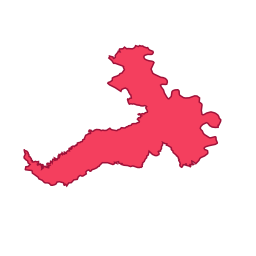 outline of Telle, Quthing, Lesotho, rotated 112°
{"feature_id": "5366337B55047013089331", "entity_name": "Telle", "entity_type": "district", "adm_level": 2, "iso_a3": "LSO", "parent_name": "Lesotho", "parent_adm1": "Quthing", "projection": "equal_earth", "projection_center": [28.078, -30.25], "detail": "fine", "context": "isolated", "style": "filled", "palette": "rose", "viewbox_px": 256, "rotation_deg": 112, "n_neighbors": 0, "source": "geoboundaries", "source_scale": "gbopen_adm2", "svg_char_len": 5904}
<svg xmlns="http://www.w3.org/2000/svg" viewBox="0 0 256 256"><g transform="rotate(112 128 128)"><path d="M186.7,216.4L189.8,214.3L190.1,213.3L193.5,213.6L194.7,213.1L195.8,210.6L196.1,208.7L197.8,207.5L198.5,205.1L201.0,206.1L202.2,208.2L204.9,207.7L205.1,207.4L203.5,201.4L203.9,200.7L205.6,199.8L207.3,192.8L208.5,191.6L208.6,187.9L209.8,185.3L209.9,184.3L209.0,182.0L208.8,180.3L209.9,178.0L209.4,176.6L208.0,174.7L206.6,173.7L204.8,173.6L203.5,171.6L203.0,167.6L203.3,166.8L204.2,166.5L204.9,165.8L204.8,165.3L203.7,165.2L203.5,164.7L204.7,163.1L201.2,162.4L199.9,160.1L196.4,158.8L194.6,155.8L191.8,155.8L190.1,154.8L189.8,154.2L189.9,152.9L189.5,151.9L186.2,149.5L184.5,150.6L182.8,150.0L181.6,148.6L182.3,147.0L181.9,146.3L180.1,145.7L178.7,144.0L176.6,142.0L174.8,141.2L174.3,140.4L173.2,140.3L169.8,138.8L167.8,133.9L167.5,128.3L166.4,127.3L165.8,127.4L165.4,126.9L165.0,127.3L165.0,125.1L164.2,126.1L162.8,124.2L164.0,123.4L163.7,121.2L163.2,120.3L163.6,119.7L164.2,120.1L164.0,117.7L162.9,114.1L162.8,111.2L161.3,109.3L161.0,104.3L160.4,102.6L159.7,101.8L159.6,101.1L158.3,100.4L156.7,101.2L156.0,100.9L155.0,101.4L152.9,100.4L150.5,100.4L148.6,99.6L147.0,100.1L145.4,99.1L141.6,99.8L143.3,95.4L143.4,92.5L142.8,90.9L141.0,89.4L139.8,89.7L138.6,91.1L138.1,90.9L137.2,89.2L136.2,89.6L134.7,89.2L132.8,90.0L130.7,89.6L129.8,90.1L128.9,89.8L128.4,90.3L128.6,87.9L128.2,86.0L129.5,85.9L129.3,84.8L129.9,80.7L130.4,80.1L131.2,80.2L131.6,79.8L132.1,79.1L132.3,78.0L133.8,76.9L135.0,73.3L135.7,72.5L135.6,71.7L136.7,70.1L137.6,69.7L138.0,68.8L138.8,68.9L139.3,68.6L139.7,67.8L141.7,66.0L142.5,66.2L143.6,65.7L144.4,63.8L143.7,63.1L141.3,63.0L141.1,61.9L139.5,60.8L139.6,60.5L140.8,60.3L140.3,56.5L140.6,55.8L140.1,55.6L139.2,56.9L138.6,56.8L138.2,55.0L137.2,55.3L137.5,53.8L137.1,53.5L136.6,55.4L134.8,56.4L134.8,54.9L135.7,51.8L131.5,50.1L129.4,50.0L128.1,49.3L125.2,46.5L122.0,44.6L121.1,44.7L119.3,45.7L119.1,46.7L119.2,48.8L118.2,49.9L117.3,49.7L116.1,48.8L114.0,46.2L110.5,41.0L108.8,39.6L108.1,39.7L105.9,41.9L103.6,43.0L103.4,43.8L103.8,44.5L106.2,47.8L106.5,48.9L105.4,54.8L104.6,56.3L102.8,58.1L102.4,59.3L101.3,60.9L99.4,61.1L96.7,60.0L93.7,57.3L93.7,55.8L95.2,53.1L95.6,50.4L94.8,47.3L93.6,44.7L91.8,45.4L91.6,44.9L87.4,44.6L85.7,45.0L84.7,47.1L83.3,48.2L82.3,49.6L81.6,52.3L81.6,54.0L82.0,57.0L82.4,57.7L84.7,60.7L87.0,62.5L87.7,63.4L87.7,64.1L87.5,64.6L84.2,66.6L78.9,68.0L78.0,68.8L77.2,71.7L73.3,72.9L72.5,76.0L73.2,78.2L77.1,82.6L78.6,85.8L79.1,87.8L78.3,92.1L77.6,93.0L74.6,94.5L74.0,95.5L73.9,96.2L75.1,98.7L76.4,100.2L77.4,100.7L78.1,100.8L82.5,99.7L85.6,101.0L85.8,101.8L84.9,103.5L82.0,107.3L79.4,109.4L77.2,113.0L76.1,113.9L74.7,112.8L73.5,109.4L72.9,108.5L70.7,108.7L69.2,109.6L68.1,111.8L68.1,114.3L68.7,116.6L68.3,123.8L67.9,125.6L64.7,128.7L57.6,128.4L57.1,129.3L57.1,130.8L57.8,133.7L58.0,136.4L57.7,138.5L56.3,140.0L54.7,139.9L53.9,139.2L52.4,137.4L51.1,134.0L50.3,133.1L48.7,132.8L47.6,133.6L47.6,137.3L47.3,138.2L46.1,139.9L46.7,140.8L46.8,144.2L46.4,145.0L47.2,146.7L47.2,148.1L48.6,148.9L48.8,151.8L50.1,151.8L51.8,152.5L53.0,153.7L54.1,157.2L55.0,159.0L54.3,161.5L56.4,162.4L57.9,165.4L58.9,165.4L60.3,164.0L60.5,165.8L61.6,165.8L65.4,167.0L67.3,166.2L68.9,167.2L68.8,167.7L67.8,168.5L68.2,172.1L69.0,171.7L70.3,172.0L71.6,168.2L73.4,165.6L72.8,164.1L72.5,156.3L72.7,155.2L73.2,155.3L75.3,153.2L79.3,154.2L80.6,155.8L82.0,156.0L84.0,157.7L86.0,160.1L87.5,161.2L89.8,160.5L91.9,161.9L93.2,163.4L94.1,163.5L94.9,161.3L95.4,155.0L96.7,148.3L94.6,148.3L92.8,146.6L91.9,145.4L92.3,142.9L92.8,142.7L93.5,141.4L94.3,140.9L96.2,138.5L96.2,137.9L98.4,136.4L99.0,136.1L99.9,137.6L101.3,138.1L101.2,139.1L101.8,139.1L104.2,137.2L105.4,135.7L104.4,134.4L104.1,132.7L103.4,131.7L103.3,128.4L102.6,125.8L102.6,124.3L101.9,122.2L101.1,121.3L100.9,119.8L101.2,118.7L102.7,119.1L105.1,116.2L106.1,116.0L107.5,117.8L108.6,118.1L109.1,118.9L109.1,119.7L110.5,121.4L110.5,122.8L111.5,123.7L111.8,123.2L111.1,121.9L111.6,121.2L111.7,119.9L112.6,120.7L113.7,120.4L114.6,122.1L116.3,122.6L117.5,120.0L118.6,119.9L119.8,121.5L120.7,121.9L122.1,125.0L122.7,125.8L124.3,126.1L125.8,128.4L126.9,128.8L127.5,129.9L128.9,130.6L129.4,131.5L130.2,134.3L132.0,134.9L132.9,135.8L133.1,136.5L134.4,137.1L134.8,137.9L135.7,142.1L135.6,143.5L135.0,144.7L138.3,147.1L139.3,149.4L139.3,150.4L140.5,152.0L140.2,153.6L141.2,156.7L142.7,158.4L143.7,158.7L144.4,159.6L144.6,160.7L144.0,161.4L144.4,163.0L145.6,163.2L145.9,162.2L145.8,161.4L146.8,160.7L147.5,161.1L147.7,162.6L148.8,162.8L150.6,164.5L154.1,164.5L154.6,164.2L155.8,165.5L157.6,165.3L158.6,166.7L159.5,167.0L159.6,167.7L160.9,169.3L162.2,169.0L162.9,169.5L163.0,169.1L163.5,169.3L163.9,170.2L165.3,170.8L165.1,171.4L165.6,172.5L166.9,173.5L167.2,173.5L167.2,172.6L168.2,172.4L168.9,172.8L169.1,173.2L168.5,173.3L168.3,173.7L168.8,174.8L169.7,174.9L171.1,173.7L171.9,175.5L173.9,176.1L174.6,175.7L174.7,176.2L174.2,177.1L174.2,178.0L175.3,177.7L175.7,176.9L176.0,177.0L176.3,178.7L175.6,179.9L176.2,179.9L176.8,178.8L177.3,178.8L177.1,179.7L177.6,180.9L179.5,180.8L178.4,181.5L178.5,182.1L179.3,181.7L180.0,182.3L181.3,181.8L181.5,180.9L182.7,181.9L183.9,181.8L184.9,183.2L183.9,182.8L183.5,183.0L183.3,185.0L184.9,183.9L184.8,185.2L185.2,186.0L188.5,185.3L187.7,186.2L187.8,187.3L190.2,186.6L190.6,189.0L191.0,189.6L191.6,189.8L192.4,189.3L192.2,186.7L193.8,188.1L194.1,188.0L194.1,186.8L194.6,186.7L195.0,189.2L194.2,189.7L194.9,190.4L194.9,191.7L195.4,193.0L196.0,192.8L196.6,191.6L198.4,192.6L197.1,192.9L196.4,193.7L195.0,193.6L194.8,192.8L194.1,192.9L193.9,193.3L194.3,194.6L194.9,195.1L194.2,196.0L195.1,196.5L195.3,197.4L195.8,197.4L196.2,198.0L195.5,198.5L194.0,197.7L192.6,198.4L193.5,199.8L193.6,201.3L194.8,202.8L195.2,204.1L194.0,204.5L194.3,205.4L192.8,206.1L191.4,208.2L191.5,209.0L189.8,210.0L189.4,210.9L188.7,211.0L188.0,211.9L187.4,213.1L187.5,215.4L186.7,216.4Z" fill="#f43f5e" stroke="#9f1239" stroke-width="1.5"/></g></svg>